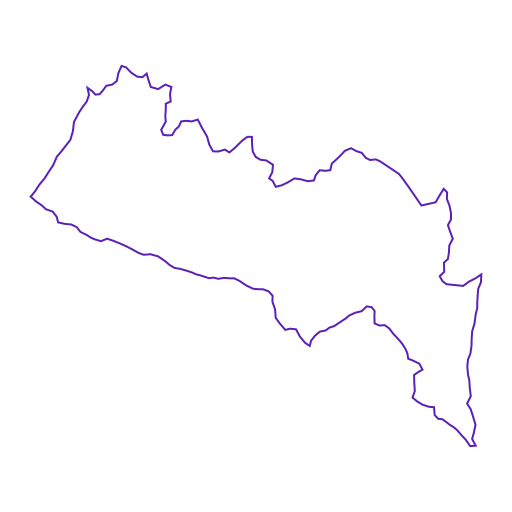 outline of Teolândia, Bahia, Brazil
{"feature_id": "56859067B17298582971719", "entity_name": "Teolândia", "entity_type": "district", "adm_level": 2, "iso_a3": "BRA", "parent_name": "Brazil", "parent_adm1": "Bahia", "projection": "equal_earth", "projection_center": [-39.49, -13.568], "detail": "fine", "context": "isolated", "style": "outline", "palette": "violet", "viewbox_px": 512, "rotation_deg": 0, "n_neighbors": 0, "source": "geoboundaries", "source_scale": "gbopen_adm2", "svg_char_len": 3046}
<svg xmlns="http://www.w3.org/2000/svg" viewBox="0 0 512 512"><path d="M87.5,87.8L89.0,95.0L86.7,101.6L82.7,106.9L79.3,112.0L74.0,121.9L72.9,131.2L70.4,139.8L66.0,145.4L61.6,151.1L56.9,156.6L53.2,165.1L49.0,171.4L44.7,178.2L39.1,185.0L35.1,191.3L30.7,196.6L35.8,201.3L41.5,205.2L46.1,209.3L52.7,211.6L56.7,216.8L58.1,222.4L65.0,223.9L71.3,224.5L76.7,227.1L80.4,231.9L86.6,234.9L90.3,237.3L94.1,239.1L100.9,241.2L107.1,238.7L112.8,240.6L119.1,243.1L126.7,246.5L132.5,249.5L138.7,253.0L143.8,254.8L150.1,254.2L158.0,256.3L165.1,261.1L169.8,265.1L174.5,267.9L179.9,268.8L187.3,270.9L192.3,272.6L196.3,274.4L200.7,275.5L209.0,278.2L213.5,277.6L218.2,278.8L223.8,277.9L229.8,278.3L234.1,278.3L239.3,280.8L246.2,285.4L253.0,288.7L257.8,289.2L263.1,289.3L268.7,291.4L272.6,295.8L272.4,301.7L275.1,309.4L275.7,317.8L279.5,323.1L285.3,329.9L289.9,328.7L296.0,329.3L300.0,336.7L304.9,342.6L309.7,346.0L311.1,340.7L314.8,335.9L319.9,331.6L325.6,330.5L329.5,327.6L334.2,326.1L340.0,322.2L345.5,318.6L349.4,315.4L355.3,312.7L361.6,311.2L366.7,306.4L371.5,307.1L374.6,310.9L374.4,316.5L374.6,323.4L379.4,325.5L384.8,325.2L389.2,328.4L393.2,333.7L397.3,338.0L402.1,343.6L405.1,348.3L407.3,353.0L408.2,358.7L412.1,360.2L419.4,363.7L422.5,369.7L418.3,372.0L414.1,375.0L414.2,381.3L414.8,391.1L412.5,397.6L417.3,401.5L422.8,404.8L429.1,406.8L434.0,407.2L434.7,415.1L438.2,418.8L442.4,419.2L446.2,422.0L449.7,424.7L453.4,427.0L457.0,430.0L461.6,435.3L465.8,439.8L470.2,446.1L475.7,445.7L472.1,438.9L473.8,433.0L475.5,424.9L473.3,417.3L470.7,409.2L467.1,403.6L470.8,396.2L469.7,387.2L469.3,380.1L468.0,374.7L467.3,366.1L468.0,359.6L470.4,353.6L471.5,345.9L471.7,338.0L472.2,331.1L474.4,324.0L475.7,314.5L477.2,308.3L477.3,301.4L477.7,295.2L478.2,288.9L481.0,282.1L481.3,274.4L475.7,278.2L468.7,281.8L463.2,285.9L446.4,284.2L442.4,281.0L439.7,276.2L444.2,271.9L444.0,262.6L447.9,259.0L448.9,252.7L449.3,245.5L452.8,238.7L450.0,231.3L447.9,225.1L451.0,219.5L451.0,213.1L449.5,205.7L446.9,199.0L447.1,192.4L443.7,188.8L439.7,195.3L435.6,202.3L421.4,205.5L408.9,187.3L402.5,178.4L399.0,174.0L380.1,161.3L375.9,159.4L370.1,160.0L365.8,157.9L361.8,152.9L356.3,151.1L351.1,148.2L344.9,150.8L340.1,155.9L335.8,160.0L331.8,163.6L330.3,170.2L325.4,170.8L319.7,170.2L315.7,175.2L313.9,180.5L307.8,181.2L301.2,179.4L294.5,178.4L287.4,182.6L281.7,185.3L275.7,186.8L272.7,180.9L269.1,178.4L272.3,172.2L273.0,164.8L266.2,160.4L260.6,159.8L255.8,157.0L252.8,151.7L252.1,144.9L251.9,136.9L247.3,136.9L242.8,140.1L238.6,144.1L234.5,148.2L229.4,152.4L224.8,149.6L218.3,151.5L213.0,151.3L209.3,144.6L207.1,136.6L202.2,128.2L197.8,119.6L191.7,121.4L186.2,120.8L181.2,121.4L178.8,126.5L175.3,129.7L172.2,135.1L167.6,135.4L163.2,134.8L161.2,129.8L165.8,121.5L165.3,116.0L165.8,109.2L165.8,103.7L170.7,101.5L170.0,94.1L171.4,87.0L165.3,84.6L158.1,89.1L150.8,87.0L148.4,79.8L146.7,73.6L142.4,77.2L137.1,76.6L131.1,72.6L126.1,67.4L121.6,65.9L118.4,73.0L116.8,81.0L112.2,84.6L106.2,85.8L103.1,90.2L99.6,94.2L95.4,94.6L92.3,91.2L87.5,87.8Z" fill="none" stroke="#5b21b6" stroke-width="2"/></svg>